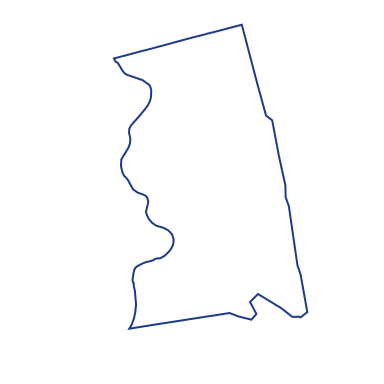 outline of Hamilton, Ohio, United States of America, rotated 75°
{"feature_id": "52423323B74792918686733", "entity_name": "Hamilton", "entity_type": "district", "adm_level": 2, "iso_a3": "USA", "parent_name": "United States of America", "parent_adm1": "Ohio", "projection": "natural_earth1", "projection_center": [-84.539, 39.167], "detail": "fine", "context": "isolated", "style": "outline", "palette": "blue", "viewbox_px": 384, "rotation_deg": 75, "n_neighbors": 0, "source": "geoboundaries", "source_scale": "gbopen_adm2", "svg_char_len": 1470}
<svg xmlns="http://www.w3.org/2000/svg" viewBox="0 0 384 384"><g transform="rotate(75 192 192)"><path d="M290.0,109.1L230.6,102.1L221.2,102.9L209.9,100.1L179.3,98.7L143.5,96.0L137.3,100.7L104.8,100.9L43.3,100.6L43.2,122.8L43.2,129.3L43.0,136.4L43.1,138.6L43.1,140.9L42.9,152.2L42.9,157.8L43.0,198.2L42.9,203.9L42.8,232.8L46.2,232.1L47.0,231.7L47.8,230.3L56.7,227.8L60.0,226.3L62.0,224.4L71.1,210.9L77.6,205.5L79.6,205.0L83.1,205.0L89.5,207.0L92.6,208.6L96.6,211.9L99.0,214.8L105.4,223.8L110.4,231.4L111.9,233.6L114.5,236.1L118.5,237.5L124.4,237.7L129.1,239.4L132.7,241.9L142.2,251.8L147.0,253.4L148.7,253.9L155.2,254.1L158.5,253.5L163.4,250.9L174.1,248.3L174.3,248.1L178.5,244.7L181.9,239.8L183.5,237.9L185.4,236.8L189.3,236.6L190.5,236.9L199.3,241.6L202.0,241.6L207.2,240.6L209.1,239.6L211.3,238.6L214.2,236.2L214.6,235.8L215.7,234.8L218.8,229.3L222.4,225.3L224.9,223.7L227.6,222.4L228.0,222.2L232.5,222.0L236.0,222.9L238.9,224.6L241.4,226.8L243.8,230.0L246.5,234.9L247.9,240.2L247.3,241.4L247.0,245.1L247.9,247.0L248.0,250.8L247.8,254.3L248.2,257.9L249.5,264.0L250.5,266.2L251.7,267.4L254.0,268.9L261.7,272.3L264.0,272.3L264.8,271.9L268.4,272.6L272.3,272.7L286.3,275.2L293.9,278.1L299.1,280.8L302.7,283.3L304.3,284.4L307.8,288.0L310.2,264.6L318.6,187.1L324.4,179.1L330.7,167.6L326.5,161.4L313.3,164.4L307.6,154.7L327.6,135.6L338.6,127.4L339.7,123.3L339.9,121.4L341.2,119.6L337.9,111.7L300.1,108.5L290.0,109.1Z" fill="none" stroke="#1e3a8a" stroke-width="2"/></g></svg>